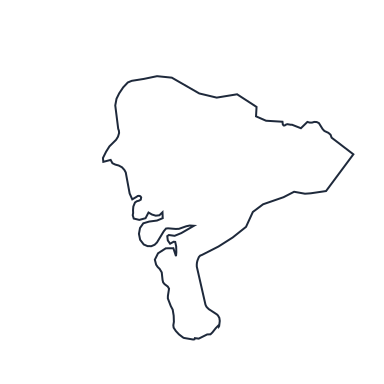 Boffa, Natural Earth projection, rotated 33°
{"feature_id": "GIN-5628", "entity_name": "Boffa", "entity_type": "Prefecture", "adm_level": 1, "iso_a3": "GIN", "parent_name": "Guinea", "parent_adm1": "", "projection": "natural_earth1", "projection_center": [-14.034, 10.295], "detail": "fine", "context": "isolated", "style": "outline", "palette": "slate", "viewbox_px": 384, "rotation_deg": 33, "n_neighbors": 0, "source": "natural_earth", "source_scale": "10m", "svg_char_len": 2151}
<svg xmlns="http://www.w3.org/2000/svg" viewBox="0 0 384 384"><g transform="rotate(33 192 192)"><path d="M287.8,290.2L286.9,289.3L286.1,293.2L285.6,298.6L285.0,301.3L282.3,303.2L277.5,311.3L274.0,313.0L274.3,314.2L273.3,315.1L264.7,318.8L263.7,318.9L258.6,318.5L254.2,317.4L250.5,315.8L248.9,313.9L247.5,310.7L244.0,305.7L239.9,301.2L236.3,299.2L229.7,294.4L228.4,292.3L225.4,285.6L223.2,284.5L219.1,284.2L217.0,283.5L215.2,281.8L210.4,275.9L206.7,274.1L204.1,273.6L201.5,272.5L197.7,269.0L196.9,261.9L200.7,253.5L207.0,249.3L213.5,254.5L211.7,251.1L208.4,246.3L205.1,243.0L203.7,243.7L201.8,247.3L198.1,245.8L195.3,242.5L196.0,240.7L201.3,238.2L205.4,232.3L212.0,219.3L208.4,221.3L205.9,223.8L201.1,230.0L198.4,231.9L191.7,235.5L190.1,236.8L189.7,240.3L190.1,253.4L189.4,256.6L187.4,259.6L184.2,261.6L180.1,262.3L174.5,260.3L170.3,256.0L168.0,250.5L168.2,244.8L172.2,240.1L178.2,235.0L181.7,229.9L178.3,225.1L177.3,229.3L174.5,231.6L170.7,232.7L166.7,232.9L167.3,239.3L163.0,244.1L157.6,246.0L154.9,243.7L154.1,241.7L152.4,239.3L150.7,236.1L149.9,231.9L150.7,229.9L152.3,228.1L153.2,226.3L152.3,224.2L151.0,223.7L149.6,224.1L148.6,225.0L148.2,226.1L145.9,230.7L140.5,227.2L125.8,211.7L123.2,210.3L119.8,209.4L116.1,209.7L112.7,210.8L109.6,211.2L106.3,209.4L101.2,215.0L98.8,212.0L98.0,205.0L97.9,198.7L99.9,189.5L99.8,185.9L98.7,182.2L97.3,180.4L95.7,179.2L80.5,161.2L77.9,154.9L77.2,148.9L77.3,141.7L78.5,135.1L80.9,131.6L90.0,123.4L99.6,113.9L112.8,107.1L144.4,105.4L161.3,99.4L176.6,85.5L199.8,85.5L204.5,93.7L215.3,91.9L229.6,83.8L231.4,85.9L232.6,86.3L233.5,85.7L234.1,84.3L235.0,83.2L238.2,81.8L239.3,81.1L248.6,79.2L250.6,70.4L252.9,69.7L254.8,68.5L256.4,66.6L258.5,65.4L260.9,65.1L267.3,68.1L269.8,68.7L274.2,68.1L277.0,68.5L279.5,70.4L306.8,72.5L303.9,118.2L292.2,128.5L287.7,131.9L277.5,136.2L271.6,146.5L258.3,163.6L253.9,175.6L256.3,191.8L250.9,208.0L243.9,223.3L234.6,239.4L233.5,240.9L233.2,242.9L233.9,246.5L234.6,248.5L235.6,250.4L236.7,252.0L264.6,279.1L265.8,279.9L267.0,280.5L269.9,281.1L279.5,281.1L281.0,281.4L283.5,282.7L285.5,285.0L287.8,289.7L287.8,290.2L287.8,290.2Z" fill="none" stroke="#1e293b" stroke-width="2"/></g></svg>